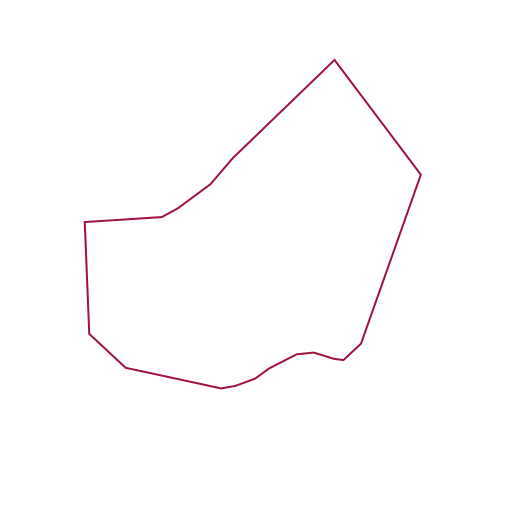 SVG path tracing the border of Dobrna, rotated 61°
{"feature_id": "SVN-239", "entity_name": "Dobrna", "entity_type": "Municipality", "adm_level": 1, "iso_a3": "SVN", "parent_name": "Slovenia", "parent_adm1": "", "projection": "orthographic", "projection_center": [15.239, 46.355], "detail": "fine", "context": "isolated", "style": "outline", "palette": "rose", "viewbox_px": 512, "rotation_deg": 61, "n_neighbors": 0, "source": "natural_earth", "source_scale": "10m", "svg_char_len": 391}
<svg xmlns="http://www.w3.org/2000/svg" viewBox="0 0 512 512"><g transform="rotate(61 256 256)"><path d="M383.6,206.7L389.4,230.0L383.6,237.8L368.5,252.3L361.7,268.1L360.7,298.9L362.8,316.2L359.6,337.1L354.9,350.7L290.6,424.2L243.3,439.6L143.3,389.3L176.3,319.4L176.4,301.2L171.1,261.0L159.1,228.7L122.6,92.3L264.8,72.4L383.6,206.7Z" fill="none" stroke="#9f1239" stroke-width="2"/></g></svg>